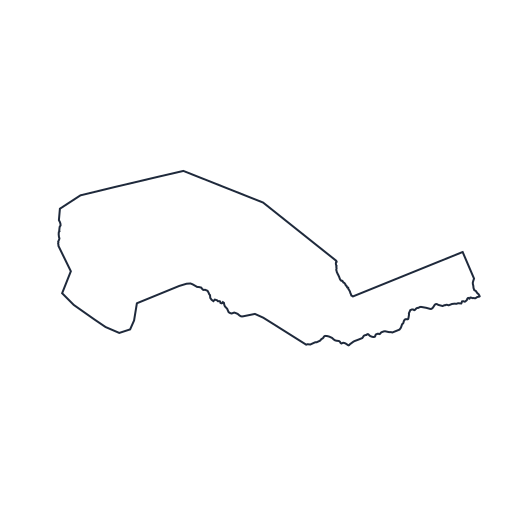 Nawae District, Morobe, Papua New Guinea (Equal Earth projection), rotated 338°
{"feature_id": "67681753B35920767491550", "entity_name": "Nawae District", "entity_type": "district", "adm_level": 2, "iso_a3": "PNG", "parent_name": "Papua New Guinea", "parent_adm1": "Morobe", "projection": "equal_earth", "projection_center": [147.161, -6.504], "detail": "fine", "context": "isolated", "style": "outline", "palette": "slate", "viewbox_px": 512, "rotation_deg": 338, "n_neighbors": 0, "source": "geoboundaries", "source_scale": "gbopen_adm2", "svg_char_len": 3426}
<svg xmlns="http://www.w3.org/2000/svg" viewBox="0 0 512 512"><g transform="rotate(338 256 256)"><path d="M282.6,209.1L274.3,201.2L255.0,182.8L220.5,149.9L195.7,146.0L185.9,144.5L152.0,139.3L116.0,134.0L91.9,138.7L86.7,148.9L86.9,151.3L86.7,153.1L86.2,154.5L85.0,155.3L84.2,156.6L83.7,157.6L83.1,158.6L83.1,159.4L82.1,160.0L81.2,161.9L80.7,163.6L80.4,164.7L80.4,165.7L80.2,166.3L79.3,167.3L78.3,168.3L77.9,168.7L77.9,169.4L77.2,170.3L77.0,171.7L76.6,172.6L78.6,200.8L62.3,217.9L68.7,233.1L82.4,254.3L89.9,265.5L100.4,276.1L111.8,276.9L118.8,270.1L127.8,255.3L128.0,255.2L173.6,255.0L181.2,255.7L182.2,256.0L183.0,256.3L184.9,256.9L186.6,258.5L187.7,259.9L188.5,260.9L189.8,262.6L191.6,263.5L193.4,264.8L193.7,266.2L194.4,267.7L196.2,268.3L198.0,270.1L198.3,272.1L198.3,273.9L198.7,275.1L197.9,277.7L198.4,279.9L199.6,281.9L201.5,281.0L203.3,282.5L203.8,283.7L205.4,284.3L205.7,284.8L205.5,286.2L206.4,287.0L207.3,287.0L208.0,286.4L208.7,287.4L208.3,289.4L208.3,291.1L208.9,292.6L209.5,294.2L209.5,295.9L209.6,297.9L210.7,299.3L211.9,300.2L214.6,300.3L215.7,301.2L217.3,302.8L218.5,305.1L219.6,306.4L220.9,307.0L233.3,309.3L239.6,315.9L245.2,323.6L269.3,357.0L270.7,357.1L273.2,358.4L277.8,358.2L278.6,358.2L279.9,358.7L283.7,358.5L285.6,357.5L286.8,357.4L287.8,357.0L288.0,356.9L288.6,356.3L289.4,356.0L290.1,356.0L291.7,356.7L293.5,358.0L294.4,358.9L295.8,360.4L296.7,362.3L297.5,363.6L298.7,364.6L300.7,365.7L301.2,366.1L301.7,367.0L301.9,368.4L302.4,369.1L304.3,369.1L305.5,369.9L306.3,370.7L308.0,373.2L308.3,373.5L309.0,373.5L310.0,373.0L314.3,371.9L315.5,371.8L319.5,371.9L323.8,371.9L324.5,371.5L326.0,370.4L326.6,370.3L327.7,370.3L328.9,370.6L329.3,370.3L330.4,370.3L330.9,370.8L331.4,372.1L331.9,373.0L333.4,374.4L334.5,375.1L335.8,375.4L336.4,375.1L337.0,374.2L338.0,373.6L340.0,373.7L341.1,374.6L342.0,374.6L343.0,373.9L344.1,373.7L346.5,373.8L347.6,374.2L350.8,376.4L352.7,377.2L353.8,378.0L361.4,378.0L363.0,377.1L364.0,376.2L365.9,374.0L367.1,373.6L367.6,373.2L368.8,371.6L370.1,370.7L371.3,370.7L372.9,371.5L373.5,371.4L374.2,370.5L375.9,367.7L376.3,366.4L378.8,364.0L380.5,364.0L381.6,364.4L382.4,365.5L383.1,365.5L385.2,364.6L386.3,364.6L386.9,364.9L389.0,364.7L390.1,365.1L394.4,367.8L397.8,370.4L398.6,370.7L400.0,370.5L401.5,369.6L403.3,368.3L404.1,368.0L404.9,368.0L405.6,368.3L406.8,369.7L409.1,371.4L410.3,372.3L412.3,372.2L412.7,372.5L414.1,372.5L414.8,372.8L416.2,373.9L419.7,373.9L422.3,374.6L423.9,375.4L425.7,375.5L428.5,376.9L429.0,376.5L430.0,375.3L431.1,375.5L432.5,376.6L433.1,376.5L434.9,375.9L435.9,374.8L436.6,374.4L437.3,374.5L437.8,375.5L438.0,375.5L438.7,375.0L439.2,374.8L439.9,375.2L441.0,376.2L442.0,376.5L443.3,377.3L443.9,377.3L445.9,376.9L447.7,377.3L448.2,377.2L448.3,376.3L448.0,374.7L447.3,373.4L446.7,370.8L445.6,369.4L445.7,367.1L446.3,365.1L446.6,363.1L447.1,361.8L448.1,360.5L449.7,358.6L449.1,329.8L448.9,329.8L448.8,329.7L330.7,329.8L330.3,329.1L329.6,328.4L329.7,326.4L329.6,325.6L329.8,324.2L329.6,322.5L329.3,320.9L329.6,319.9L328.8,319.3L328.8,317.9L328.2,316.9L328.3,315.9L328.0,314.8L327.8,314.0L327.1,313.3L326.8,311.5L326.4,311.4L326.2,310.9L325.6,310.6L325.2,309.2L325.2,308.1L325.3,305.9L325.1,305.0L325.2,303.9L325.0,303.4L325.0,302.4L324.9,301.3L325.1,300.1L325.2,298.9L326.2,297.4L326.3,296.2L327.0,295.4L326.9,294.7L326.9,294.2L327.1,293.3L327.4,292.5L328.1,291.5L328.6,291.5L328.6,290.5L282.6,209.1Z" fill="none" stroke="#1e293b" stroke-width="2"/></g></svg>